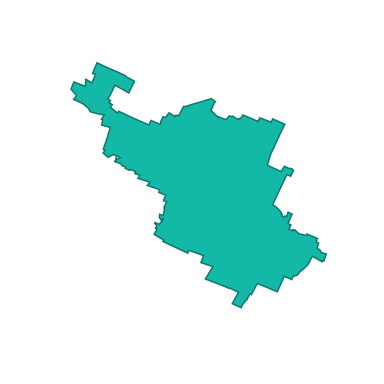 the district of Peto, Yucatán, Mexico, rotated 108°
{"feature_id": "50627088B37854102096410", "entity_name": "Peto", "entity_type": "district", "adm_level": 2, "iso_a3": "MEX", "parent_name": "Mexico", "parent_adm1": "Yucatán", "projection": "robinson", "projection_center": [-88.859, 20.051], "detail": "fine", "context": "isolated", "style": "filled", "palette": "teal", "viewbox_px": 384, "rotation_deg": 108, "n_neighbors": 0, "source": "geoboundaries", "source_scale": "gbopen_adm2", "svg_char_len": 5904}
<svg xmlns="http://www.w3.org/2000/svg" viewBox="0 0 384 384"><g transform="rotate(108 192 192)"><path d="M248.6,172.2L248.9,161.5L256.4,161.7L256.5,149.1L270.6,152.4L271.5,136.3L272.1,126.7L271.7,126.0L273.0,116.9L285.8,119.2L286.8,109.5L286.5,109.5L285.4,109.3L284.8,109.3L284.1,109.3L283.4,109.0L282.7,108.8L282.2,108.6L281.5,108.3L280.9,108.1L280.1,107.9L279.1,107.5L278.3,107.0L277.9,106.8L277.4,106.5L277.0,106.4L276.7,106.4L276.3,106.3L275.6,106.2L275.2,106.2L274.6,106.1L274.2,106.0L273.4,105.9L272.3,105.7L271.2,105.6L271.1,105.4L271.2,104.5L271.3,103.8L271.3,103.7L271.1,103.8L258.8,101.6L260.5,80.0L258.2,79.8L255.9,79.6L248.6,78.7L243.8,78.3L244.4,70.0L243.4,70.0L242.6,69.9L241.8,69.8L241.3,69.8L240.7,69.7L240.5,69.1L240.3,68.6L240.0,68.3L239.7,67.9L239.4,67.4L238.9,66.6L238.8,66.4L237.5,65.7L236.3,65.2L235.2,65.0L234.6,64.7L233.5,63.9L231.9,62.9L230.9,62.3L229.2,61.3L228.5,61.0L227.4,60.3L225.5,59.5L225.1,59.3L224.7,59.2L223.2,58.9L222.5,58.8L221.7,58.6L221.3,58.5L220.9,58.6L219.4,58.3L216.0,57.7L216.9,52.5L218.2,46.8L217.1,46.9L216.9,45.2L209.4,45.2L209.6,50.8L207.8,52.0L206.7,55.7L201.5,55.7L201.0,58.5L197.5,58.4L196.9,64.2L196.4,69.7L197.9,69.9L198.7,77.3L198.2,78.4L197.8,79.3L196.2,82.5L197.0,82.9L196.7,84.6L197.9,84.6L197.6,88.3L192.8,87.7L192.4,90.9L186.6,90.4L186.0,90.3L182.1,90.0L181.9,91.3L181.5,94.4L186.0,94.3L186.1,96.3L187.6,96.4L187.6,98.6L185.3,99.5L182.4,102.9L181.0,105.8L179.8,108.5L179.5,111.4L157.7,108.7L155.4,108.3L151.9,107.9L146.1,107.1L146.5,103.1L143.5,102.6L140.1,102.1L139.8,102.7L138.9,104.5L139.6,107.2L139.4,109.1L139.0,112.1L145.0,113.6L144.8,115.5L144.3,120.0L143.2,128.7L140.7,128.7L139.2,128.7L137.0,128.8L135.3,128.8L131.8,128.8L129.0,128.5L127.1,128.2L124.3,127.9L112.5,126.5L109.9,126.2L98.9,124.6L98.1,132.3L97.6,137.9L101.1,138.2L100.5,150.3L100.9,150.4L102.0,150.5L102.4,150.7L102.6,150.7L102.8,150.8L103.1,150.9L103.4,151.0L103.8,151.1L104.1,151.0L104.3,150.9L104.5,150.8L104.5,151.1L104.5,151.3L104.5,151.5L104.4,152.0L104.4,152.4L104.4,152.5L104.3,153.3L104.2,153.9L104.2,154.1L104.2,154.3L104.1,154.8L104.1,155.2L104.0,155.4L104.0,155.6L104.0,155.9L104.0,156.0L103.9,156.2L103.9,156.4L103.9,156.6L103.9,157.1L103.9,157.4L103.8,157.9L103.7,158.7L103.6,159.9L103.6,160.5L103.5,161.1L103.4,162.4L103.3,163.6L103.2,164.9L103.2,165.1L103.2,165.3L103.1,166.6L103.0,167.4L105.0,167.8L107.0,168.6L107.5,169.6L107.5,169.8L108.6,169.7L108.4,172.9L108.2,173.6L107.7,175.0L107.3,176.0L107.4,177.0L108.1,178.3L108.2,180.2L109.4,180.5L110.4,180.9L112.9,182.6L112.8,183.1L112.6,185.2L112.5,187.1L112.2,190.2L112.9,190.5L111.7,192.6L110.8,194.4L109.7,196.8L108.4,199.4L107.5,199.1L106.8,198.9L106.7,198.9L105.9,198.8L104.9,199.0L104.0,198.8L103.0,198.5L101.6,198.5L100.9,198.4L98.9,197.7L98.5,198.7L97.2,202.3L99.8,206.1L101.5,208.5L103.8,211.8L107.0,216.6L108.8,219.2L109.4,220.1L110.6,221.7L111.8,223.3L112.6,224.6L113.1,225.6L113.1,226.1L113.7,226.6L116.3,227.0L118.7,227.4L123.4,228.1L123.5,229.3L123.9,229.5L123.8,230.8L124.4,231.4L124.7,231.4L125.2,231.6L125.5,231.5L123.8,238.3L129.3,240.3L129.4,242.8L132.4,243.2L135.3,243.5L135.7,243.1L137.5,243.3L137.3,245.4L137.3,245.5L137.0,249.0L136.6,253.1L136.8,253.1L138.2,253.3L140.0,253.5L141.5,253.6L141.4,254.5L140.8,261.8L140.7,262.6L140.5,264.4L140.4,265.3L139.9,270.7L139.2,276.4L138.8,279.2L137.9,286.8L140.0,287.4L139.5,288.7L138.2,291.7L137.7,293.0L136.5,296.0L133.5,294.7L132.5,298.7L130.5,297.7L129.0,301.0L126.2,299.9L119.4,299.0L116.4,298.5L114.2,298.2L114.7,295.7L115.2,293.2L115.4,292.4L116.0,289.2L116.3,287.8L116.6,286.0L117.3,282.7L114.2,282.3L112.2,282.0L111.2,281.9L108.4,281.5L104.8,280.9L104.7,280.9L104.4,281.0L104.3,281.4L104.2,282.3L103.9,283.7L103.5,286.2L103.3,287.3L102.8,289.8L102.5,290.9L101.9,291.0L101.8,291.5L101.5,295.0L101.3,296.7L101.1,298.0L100.7,301.8L100.5,304.3L100.3,306.3L99.7,312.3L99.7,312.7L99.1,317.5L99.0,318.2L99.0,318.3L98.9,319.3L98.7,320.7L98.5,322.3L100.2,322.4L102.7,322.6L103.8,322.7L105.2,322.8L110.1,323.2L109.9,321.9L109.8,321.7L110.0,321.3L110.0,320.2L119.3,320.8L118.4,324.2L117.6,327.8L124.5,326.1L123.8,338.3L130.4,338.8L131.6,338.8L132.9,336.7L135.0,333.2L136.1,331.5L140.6,333.2L140.8,330.5L141.3,326.1L142.0,322.1L143.6,318.6L143.6,318.4L144.1,317.1L144.3,316.2L144.8,315.6L145.0,315.4L146.2,314.9L147.2,312.9L146.9,308.8L146.6,304.5L146.0,300.8L145.8,299.2L150.7,300.7L150.7,299.3L156.3,298.5L156.2,296.4L156.1,294.4L155.9,291.6L155.8,290.7L155.7,289.6L160.8,289.5L162.5,289.6L164.3,289.4L166.5,289.4L168.5,289.4L171.4,289.4L172.6,289.5L175.6,289.6L178.9,289.5L178.9,289.3L179.3,287.6L182.3,288.6L183.4,286.3L185.0,282.6L183.0,280.6L180.4,278.1L180.8,276.9L181.1,276.0L181.6,274.7L180.6,273.8L181.7,271.3L181.7,271.1L183.7,272.6L183.1,274.6L183.9,274.9L185.2,274.1L186.3,274.9L186.6,274.5L187.0,274.7L187.1,268.5L188.5,266.9L188.9,262.8L190.3,262.6L190.2,262.0L190.7,258.0L189.5,257.3L190.1,251.9L192.1,252.1L192.3,246.8L195.8,247.6L195.7,237.4L195.7,237.1L195.8,236.6L195.9,235.5L196.0,234.9L196.5,235.2L197.2,235.5L198.5,236.1L199.0,236.3L199.6,236.6L199.6,236.1L199.6,235.4L199.6,234.8L199.6,233.9L199.6,232.5L199.7,229.6L199.7,229.3L199.7,228.3L199.7,227.7L199.7,226.2L199.7,225.2L199.9,224.7L200.1,223.9L200.3,223.3L202.7,223.4L203.1,216.1L206.2,216.3L209.2,216.4L209.1,215.3L209.1,214.3L209.0,213.2L211.8,213.4L213.9,213.7L214.8,213.8L215.1,213.8L215.8,213.9L215.7,212.9L217.3,212.8L218.2,212.7L218.9,212.7L219.4,212.7L219.7,212.6L223.2,212.2L223.2,213.1L223.2,213.6L223.2,214.8L223.2,215.3L223.2,215.9L223.7,215.8L224.5,215.6L225.8,215.4L226.3,215.3L226.8,214.6L227.1,214.2L227.6,213.5L228.2,212.8L227.8,212.6L227.3,212.1L226.5,211.7L226.4,210.8L231.0,212.4L232.9,213.3L232.4,217.7L233.2,217.9L235.0,214.9L237.7,215.6L237.9,213.8L241.3,214.4L244.0,214.9L245.3,209.4L246.6,203.8L248.1,204.3L249.4,193.5L250.1,188.0L250.8,182.4L251.5,177.0L248.6,177.2L248.6,172.2Z" fill="#14b8a6" stroke="#0f766e" stroke-width="1.5"/></g></svg>